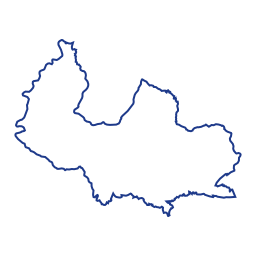 outline of La Belleza, Santander, Colombia
{"feature_id": "7082276B28404230547509", "entity_name": "La Belleza", "entity_type": "district", "adm_level": 2, "iso_a3": "COL", "parent_name": "Colombia", "parent_adm1": "Santander", "projection": "mercator", "projection_center": [-74.033, 5.926], "detail": "fine", "context": "isolated", "style": "outline", "palette": "blue", "viewbox_px": 256, "rotation_deg": 0, "n_neighbors": 0, "source": "geoboundaries", "source_scale": "gbopen_adm2", "svg_char_len": 5783}
<svg xmlns="http://www.w3.org/2000/svg" viewBox="0 0 256 256"><path d="M101.7,204.2L102.5,204.1L103.4,204.8L105.0,205.0L106.1,204.1L106.8,202.4L108.1,203.2L108.7,201.2L110.3,201.2L111.1,200.8L111.4,200.1L110.9,199.5L110.9,199.1L113.2,193.5L113.9,194.7L115.3,196.4L116.4,197.0L119.0,197.5L120.4,197.5L121.6,197.0L121.8,196.7L121.5,195.1L126.0,195.7L127.9,195.1L130.6,193.6L131.3,193.9L132.0,194.9L133.7,196.4L133.4,197.6L134.8,197.0L134.5,197.3L135.5,196.9L136.5,197.2L136.9,196.6L138.7,199.0L139.8,198.3L141.8,198.0L143.3,198.8L143.8,199.6L143.6,200.3L144.3,201.7L145.3,202.9L146.3,203.5L147.2,205.0L148.9,205.0L149.1,203.8L149.9,204.2L151.4,204.2L151.6,205.2L152.5,204.9L152.7,206.0L154.4,207.0L155.7,206.5L156.8,207.1L158.5,207.3L159.8,207.8L160.9,207.4L161.7,206.7L162.0,206.8L163.0,207.6L162.8,209.9L163.8,212.9L165.6,212.5L166.6,212.8L167.3,213.8L168.0,215.9L168.3,216.0L169.5,215.3L169.0,213.9L169.3,212.8L169.1,212.2L170.0,210.1L170.6,209.2L171.2,208.8L171.2,208.3L172.3,208.1L173.0,207.3L172.2,205.5L170.0,204.4L170.1,203.3L167.7,202.7L166.5,201.4L170.5,201.1L171.4,201.3L172.1,200.5L172.9,201.1L174.9,199.6L174.7,198.7L176.0,198.0L176.9,196.9L178.5,197.5L179.6,195.8L180.2,195.5L182.7,195.7L183.2,195.4L183.0,194.6L183.8,194.1L185.0,195.8L187.2,195.6L188.9,194.2L189.4,194.2L189.1,191.7L189.9,192.0L190.0,193.0L191.3,193.2L191.9,193.9L192.1,193.1L192.9,192.4L193.5,192.4L193.8,193.4L194.3,193.6L196.0,192.5L196.3,192.7L196.2,193.6L197.1,194.4L200.7,194.5L203.6,193.8L204.2,194.0L205.0,194.8L209.8,196.4L213.1,197.1L213.6,196.4L213.1,195.5L213.6,195.5L214.4,196.1L216.0,195.9L217.5,196.7L223.9,197.7L226.2,197.2L229.5,197.3L235.3,196.9L232.3,189.6L231.4,189.7L229.9,191.4L229.7,191.1L229.8,189.1L228.9,187.6L227.2,187.4L226.0,186.3L224.3,186.2L224.2,185.5L223.1,185.8L222.8,185.6L222.7,184.5L222.3,184.4L221.5,185.0L217.6,186.4L216.7,185.7L215.5,185.5L216.7,182.7L220.0,178.7L225.3,174.3L225.9,174.0L226.5,174.7L226.6,174.2L227.2,174.0L227.3,174.5L227.7,174.7L230.7,172.3L234.3,170.7L234.4,169.9L233.8,168.3L234.0,165.6L234.5,164.9L237.6,163.0L238.0,162.4L238.9,160.6L239.0,157.7L240.2,156.1L240.6,154.8L240.5,154.2L240.0,153.6L238.6,153.0L236.5,153.5L235.9,153.2L233.9,150.8L233.2,148.8L233.5,146.1L232.8,143.9L230.3,140.8L230.0,139.7L229.9,138.4L231.0,136.2L231.4,133.6L231.1,133.0L227.5,131.7L225.5,130.4L225.1,129.5L224.2,129.0L224.3,127.6L223.8,126.5L222.6,125.6L221.9,125.9L220.9,125.2L218.5,124.5L215.9,124.2L213.7,125.2L211.6,125.0L208.9,126.7L205.9,124.6L204.7,125.5L204.1,125.5L201.2,126.8L198.5,127.3L197.4,127.2L194.5,128.1L192.9,129.6L192.6,130.5L191.0,131.2L188.0,130.7L187.3,129.8L186.2,129.5L185.9,128.5L185.1,127.6L181.4,126.2L179.0,124.7L176.8,124.2L175.9,121.8L176.4,121.8L176.5,121.4L176.0,119.5L176.2,118.3L175.9,117.3L176.3,115.9L176.1,114.6L176.5,112.5L178.0,110.8L178.0,109.1L177.2,105.9L178.0,103.9L177.7,101.7L176.8,101.8L176.8,101.4L175.8,100.8L175.9,98.9L174.5,98.7L175.1,97.8L173.9,97.9L174.2,96.1L173.1,95.6L172.2,94.5L170.7,93.2L169.2,92.5L169.1,91.9L169.9,92.4L170.2,92.3L170.2,91.9L168.6,91.0L168.1,90.3L167.7,90.5L166.6,92.5L165.8,91.9L165.8,91.4L166.2,90.9L165.0,90.6L161.6,90.9L161.4,90.5L159.5,89.1L158.9,89.1L157.9,88.6L156.0,87.1L153.7,86.9L153.3,85.9L153.0,85.7L150.9,85.2L149.6,85.5L147.7,83.4L146.5,81.7L144.4,80.7L142.4,79.4L141.9,79.5L141.0,81.9L140.9,84.2L138.5,88.0L138.5,89.2L137.9,90.6L135.6,93.3L134.7,95.0L133.5,99.4L133.7,102.0L133.3,103.7L127.7,111.0L122.4,115.9L121.1,117.6L121.3,118.6L120.3,120.2L119.9,121.8L118.8,123.5L116.2,124.6L110.0,124.9L106.9,124.6L105.0,123.8L103.6,122.2L102.8,122.3L101.2,123.6L97.5,124.1L94.9,125.0L93.0,125.2L91.8,124.8L91.1,124.1L90.7,123.0L89.7,122.1L86.7,121.5L84.7,120.1L84.1,118.1L83.1,117.0L78.6,113.7L75.0,113.1L74.2,112.3L74.1,111.1L74.6,109.7L77.8,107.6L78.5,106.7L78.2,105.9L78.7,104.1L82.1,98.0L82.5,96.3L82.5,93.7L82.9,92.7L83.4,91.9L86.0,89.7L87.3,88.1L88.2,85.9L88.3,84.0L87.5,81.4L85.3,78.7L85.9,75.5L85.7,73.8L85.1,72.3L83.8,71.1L82.5,71.0L80.7,70.0L80.2,68.4L80.7,66.9L80.6,66.6L79.9,65.6L78.9,65.0L78.9,64.6L77.1,64.3L76.8,62.3L75.7,61.8L76.0,59.9L75.5,57.8L76.0,56.8L75.8,56.1L75.0,55.6L75.4,54.8L74.9,53.8L75.9,53.1L76.2,52.0L75.6,50.6L76.0,49.8L75.3,49.7L74.6,49.1L72.6,49.6L72.3,49.2L71.9,47.9L71.9,46.4L73.0,42.6L70.5,43.6L68.7,43.4L66.8,42.7L66.5,43.2L66.0,43.4L65.6,43.2L65.3,42.0L63.6,41.1L62.6,40.1L61.6,40.0L59.8,41.0L58.9,41.8L58.4,42.9L58.4,44.0L58.5,44.9L61.0,49.8L62.3,54.0L62.4,55.1L62.2,56.0L58.6,59.0L56.8,60.0L53.0,59.4L52.5,59.6L52.2,60.2L52.6,63.0L51.8,64.2L49.3,63.3L47.8,63.6L46.7,64.4L46.1,64.9L44.5,68.9L43.7,69.7L41.3,70.5L39.8,71.5L39.5,72.3L39.5,73.8L40.1,76.0L39.3,78.3L38.1,80.4L33.8,81.1L32.9,81.7L32.7,83.5L33.6,86.0L33.1,87.7L32.4,88.6L30.8,90.5L29.1,91.8L25.5,91.6L23.7,92.6L22.6,94.0L23.0,95.4L27.4,97.0L28.9,99.1L27.6,103.8L27.0,105.0L27.4,109.1L24.5,116.9L23.8,118.0L21.7,119.8L20.6,119.9L17.3,121.7L16.1,124.8L16.1,125.5L16.8,126.4L17.9,126.6L19.0,126.2L20.1,126.2L21.7,126.3L22.9,126.9L23.8,127.6L24.9,130.4L24.3,130.9L21.6,131.6L21.2,132.0L19.7,132.6L16.3,133.4L15.6,134.1L15.4,135.0L15.7,136.1L18.1,139.1L22.6,142.9L24.6,143.7L25.4,146.6L25.8,147.2L29.0,148.3L30.9,151.1L32.5,151.5L34.3,152.4L36.6,154.3L40.2,155.6L41.3,156.5L45.2,157.0L48.5,159.8L49.6,161.2L51.7,162.1L52.3,163.0L52.8,165.0L53.3,165.7L54.8,167.3L56.7,168.2L57.2,168.8L58.6,168.9L61.7,168.4L63.8,168.8L65.0,170.1L65.4,170.1L66.5,169.3L69.1,169.5L71.8,169.0L74.2,169.2L77.6,168.5L79.2,166.7L80.3,166.6L81.2,167.9L82.2,168.1L84.7,172.0L84.2,175.1L84.4,175.6L87.2,177.4L88.3,178.9L88.6,181.0L89.4,182.2L91.5,183.3L91.6,186.3L92.4,188.8L93.5,190.4L93.1,194.2L93.2,195.6L93.6,197.1L94.9,197.3L96.6,195.4L97.5,195.0L97.8,195.3L97.9,196.0L96.7,198.9L96.6,200.4L97.7,200.9L99.5,200.3L100.2,201.6L101.3,202.9L101.7,204.2Z" fill="none" stroke="#1e3a8a" stroke-width="2"/></svg>